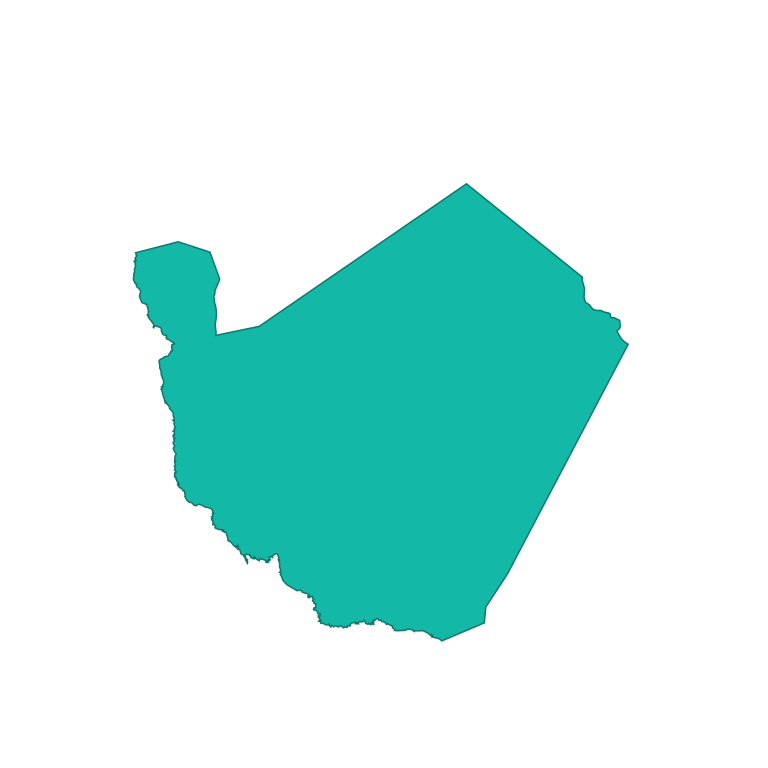 Moroni-Bambao, Andjazîdja, Comoros (Natural Earth projection), rotated 324°
{"feature_id": "10938185B83767222062315", "entity_name": "Moroni-Bambao", "entity_type": "district", "adm_level": 2, "iso_a3": "COM", "parent_name": "Comoros", "parent_adm1": "Andjazîdja", "projection": "natural_earth1", "projection_center": [43.253, -11.742], "detail": "fine", "context": "isolated", "style": "filled", "palette": "teal", "viewbox_px": 768, "rotation_deg": 324, "n_neighbors": 0, "source": "geoboundaries", "source_scale": "gbopen_adm2", "svg_char_len": 6159}
<svg xmlns="http://www.w3.org/2000/svg" viewBox="0 0 768 768"><g transform="rotate(324 384 384)"><path d="M604.9,495.4L603.5,491.8L602.5,487.2L603.5,478.2L604.1,477.8L606.4,477.7L607.9,477.2L608.9,476.4L611.8,471.6L611.8,470.5L608.9,465.3L607.2,464.2L606.7,463.2L608.2,460.2L607.5,458.6L604.5,455.3L602.7,452.0L599.6,449.7L597.3,447.2L596.7,443.5L596.9,441.3L595.1,436.4L595.4,434.8L597.1,431.0L602.2,424.9L605.3,416.6L606.1,415.4L607.3,414.3L568.4,270.5L316.9,264.0L276.3,245.7L278.2,244.0L282.4,236.6L287.9,231.1L290.4,227.8L292.9,223.4L295.0,218.0L296.8,215.5L297.1,214.0L297.8,213.2L300.2,211.6L302.3,209.0L312.2,203.1L312.8,202.3L320.7,175.1L301.1,148.0L260.2,131.8L260.2,132.8L259.7,133.1L259.1,134.4L259.4,135.1L256.7,135.8L256.2,138.3L255.4,138.3L255.2,137.5L254.7,137.5L253.8,138.3L253.7,140.5L252.8,141.3L252.7,142.3L249.6,144.3L248.2,146.7L246.6,147.6L242.4,152.6L242.4,154.6L241.8,155.4L241.8,156.0L242.8,157.6L241.8,158.0L241.2,160.2L242.2,164.6L241.4,166.2L237.9,169.0L237.3,170.4L236.0,175.8L238.6,180.0L238.5,180.9L236.8,185.6L234.2,189.1L233.0,189.1L233.1,190.0L233.6,190.2L233.5,191.3L232.5,191.6L232.7,195.5L233.1,196.2L232.7,197.1L232.7,201.0L230.7,202.3L230.8,203.1L231.6,202.6L233.8,202.7L234.9,204.9L236.4,206.9L236.3,208.9L235.2,209.8L234.2,213.3L234.4,214.5L236.6,216.8L236.2,217.7L235.0,218.2L234.7,219.4L235.2,220.7L236.3,222.0L236.7,224.1L238.5,227.8L238.0,228.4L237.5,228.5L237.2,227.9L235.2,227.7L233.4,229.9L233.1,232.1L232.4,232.7L231.7,232.0L230.8,232.2L229.4,233.2L228.0,233.2L227.2,234.2L225.6,234.5L222.8,233.0L220.4,233.2L217.2,232.6L215.7,233.0L215.0,233.9L213.7,236.8L212.0,239.1L211.4,242.2L209.4,245.2L207.4,252.2L206.0,254.0L204.3,254.8L203.8,256.0L202.4,255.4L202.4,256.9L201.9,257.2L200.7,257.0L200.1,259.9L198.8,262.7L197.2,267.7L196.5,268.7L197.1,269.6L195.8,270.7L195.9,271.1L196.9,271.2L196.6,272.1L196.9,274.1L196.9,276.8L196.1,277.6L196.6,283.2L194.6,286.1L194.5,287.6L193.1,289.6L191.9,289.2L192.3,290.9L192.2,291.6L191.5,292.4L190.9,292.4L189.5,295.8L189.4,296.9L188.1,296.7L187.4,298.3L185.7,298.2L186.3,299.4L186.1,299.9L185.3,300.9L184.5,301.1L184.2,302.2L183.2,301.7L182.3,303.0L183.0,305.0L181.5,305.0L180.8,307.1L179.1,307.2L178.5,308.4L178.2,311.0L177.8,311.4L175.8,312.0L174.9,314.9L174.8,318.6L173.1,319.1L172.0,320.1L169.7,323.0L170.2,323.7L168.6,324.1L168.3,325.5L167.2,327.4L166.0,327.3L165.4,329.6L165.1,330.1L164.2,330.2L164.3,333.1L163.5,333.5L163.4,332.7L162.1,333.1L161.9,333.8L161.0,334.4L161.0,335.6L160.2,335.8L160.1,337.4L160.8,337.9L159.8,339.0L160.0,340.0L159.4,340.5L159.5,342.6L158.7,342.9L158.7,343.6L159.5,344.0L159.5,344.7L158.7,345.3L157.7,344.7L157.7,347.8L158.9,349.4L158.7,352.2L159.4,353.0L159.4,353.7L158.2,356.0L157.8,357.8L156.8,357.8L156.2,362.5L156.9,365.1L158.8,367.2L159.0,370.1L160.4,372.1L163.2,372.1L165.9,375.4L166.0,377.0L169.7,381.5L170.6,382.9L171.1,384.9L170.3,386.5L170.4,388.1L169.1,387.9L169.1,389.1L168.6,389.1L167.7,390.0L166.4,390.0L166.9,391.3L166.3,392.1L165.3,391.6L164.8,392.9L164.8,393.7L165.2,394.2L164.2,395.5L164.2,396.8L163.0,396.7L162.8,397.4L164.2,397.8L164.2,400.1L163.4,400.2L162.9,400.7L163.0,401.8L165.3,405.2L167.2,406.3L166.7,407.6L167.0,408.2L168.0,407.4L168.4,408.0L167.4,409.0L167.9,410.4L168.8,410.6L169.0,411.1L166.9,417.4L165.8,418.8L165.8,419.5L167.2,421.5L167.5,426.9L168.5,428.3L170.9,428.2L170.6,429.0L168.1,429.5L168.3,429.9L170.4,429.9L170.5,430.5L169.4,431.6L168.6,431.9L169.8,432.9L169.8,434.0L168.6,436.8L168.6,438.0L169.7,439.7L169.7,440.5L169.4,440.9L169.4,442.9L168.4,446.0L168.8,447.1L168.7,447.6L167.9,448.3L168.0,448.8L169.4,447.4L169.4,446.5L170.3,445.8L169.4,445.6L169.4,444.9L170.1,443.9L169.9,443.0L170.4,441.9L171.6,440.5L172.3,440.7L173.7,442.1L175.2,443.0L174.3,443.9L174.4,444.3L174.9,444.5L174.9,445.3L174.3,446.2L175.2,447.9L175.9,447.7L176.1,448.0L176.1,449.1L177.0,449.3L177.5,448.1L178.1,451.4L179.3,453.6L180.4,452.3L181.5,452.4L181.5,453.2L184.2,456.3L184.5,457.8L183.7,458.8L184.3,459.5L185.3,460.1L185.3,458.9L186.0,458.3L186.6,459.4L187.5,458.4L188.1,458.6L188.0,459.4L188.6,459.5L189.3,456.5L189.9,456.3L191.2,457.5L191.5,458.8L192.1,458.8L192.3,457.5L196.7,457.6L197.6,458.4L197.8,459.2L196.8,462.6L195.1,464.0L195.1,464.3L196.2,464.3L196.0,465.2L194.8,465.4L194.4,467.3L192.1,470.4L191.3,473.0L189.8,475.2L188.8,475.0L189.4,476.3L189.2,477.1L188.2,477.2L187.9,480.0L186.9,483.0L186.9,485.7L187.6,489.6L192.0,499.7L192.3,500.3L193.1,500.4L195.3,502.1L195.7,503.1L195.5,504.1L196.7,506.1L199.2,509.2L199.4,510.5L198.5,510.4L198.3,511.5L197.5,511.2L197.1,512.2L198.1,513.0L198.9,512.0L199.5,512.5L199.7,513.2L200.4,513.2L201.3,514.0L200.2,515.6L200.6,517.0L198.9,517.2L198.8,517.8L199.3,518.8L198.4,520.2L198.8,521.1L199.6,521.5L197.3,524.9L195.8,523.9L194.4,525.0L194.5,525.6L195.6,526.5L196.5,529.2L195.6,530.2L195.7,531.6L196.8,532.0L197.2,532.8L195.6,534.1L194.6,532.9L193.9,533.9L194.2,538.2L193.5,538.5L193.3,538.1L193.3,536.5L192.7,537.6L191.8,537.6L192.8,538.6L192.8,539.8L192.3,540.4L194.4,541.8L194.6,543.4L195.9,545.2L197.2,545.8L198.4,545.6L198.6,546.1L197.7,547.0L198.2,549.4L199.6,548.6L200.4,549.4L200.4,550.8L202.6,551.1L203.6,552.1L203.7,553.1L205.1,554.0L205.7,553.5L207.5,555.0L207.5,557.0L208.1,557.5L209.7,557.6L210.5,558.6L211.7,559.2L212.3,558.2L214.2,559.0L214.2,559.8L215.2,559.4L215.5,558.5L217.5,558.5L220.6,559.8L219.8,561.0L220.5,561.5L221.3,560.2L221.6,560.4L221.9,562.9L222.4,563.2L223.1,562.1L224.4,561.8L225.6,562.6L225.6,563.2L227.1,563.7L228.2,563.7L228.6,563.2L229.4,564.0L228.6,565.7L228.5,566.8L229.3,568.3L229.8,568.9L230.8,568.4L231.0,569.6L231.8,569.8L232.1,571.2L233.1,571.1L233.7,569.3L234.2,572.4L234.6,572.4L235.4,569.7L236.2,570.3L236.8,568.7L238.0,569.9L240.3,569.3L241.0,570.4L240.9,572.0L242.6,573.0L242.5,574.9L243.3,575.3L244.7,577.6L244.6,578.8L244.8,578.9L244.9,580.2L246.0,580.0L248.4,584.6L247.6,586.4L248.2,587.9L247.8,589.7L249.7,591.4L256.5,595.9L259.4,596.3L262.8,600.1L262.6,601.2L263.0,602.1L263.8,601.8L268.3,605.1L270.1,605.9L273.2,611.3L274.1,615.3L275.3,614.8L275.4,616.2L274.1,616.9L278.4,621.7L279.4,623.8L279.7,625.8L324.8,636.2L335.2,624.3L372.5,610.1L604.9,495.4Z" fill="#14b8a6" stroke="#0f766e" stroke-width="1.5"/></g></svg>